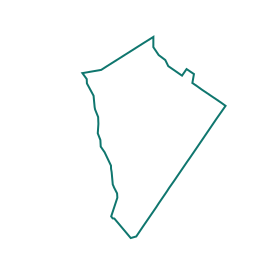 the district of DeKalb, Georgia, United States of America, rotated 214°
{"feature_id": "52423323B8956150645688", "entity_name": "DeKalb", "entity_type": "district", "adm_level": 2, "iso_a3": "USA", "parent_name": "United States of America", "parent_adm1": "Georgia", "projection": "mercator", "projection_center": [-84.225, 33.792], "detail": "fine", "context": "isolated", "style": "outline", "palette": "teal", "viewbox_px": 256, "rotation_deg": 214, "n_neighbors": 0, "source": "geoboundaries", "source_scale": "gbopen_adm2", "svg_char_len": 847}
<svg xmlns="http://www.w3.org/2000/svg" viewBox="0 0 256 256"><g transform="rotate(214 128 128)"><path d="M196.5,148.0L189.6,145.5L187.0,142.0L174.6,135.5L167.3,126.6L165.7,125.0L158.9,120.4L154.8,114.8L150.1,106.7L144.2,102.6L140.2,97.3L133.8,94.8L121.1,87.3L119.3,84.8L116.9,82.3L109.0,72.6L107.0,71.4L106.7,71.1L100.5,67.7L98.1,64.6L97.8,64.1L92.5,45.3L90.2,44.5L88.7,45.3L64.2,38.3L60.5,42.7L60.5,54.4L60.4,66.0L60.3,78.2L60.4,82.7L60.3,95.1L60.3,96.9L60.3,97.6L60.4,101.3L60.2,110.8L60.2,111.5L60.2,115.4L60.1,132.7L60.1,133.3L60.0,137.4L59.9,154.9L59.8,184.5L59.5,200.9L65.3,201.1L88.4,201.1L94.5,201.3L99.8,201.3L103.5,209.6L112.4,209.6L112.5,201.6L127.8,201.8L129.2,201.8L135.1,205.2L143.3,205.6L152.2,209.2L157.9,217.7L162.7,206.9L175.2,178.4L180.0,167.5L182.7,161.2L196.5,148.0Z" fill="none" stroke="#0f766e" stroke-width="2"/></g></svg>